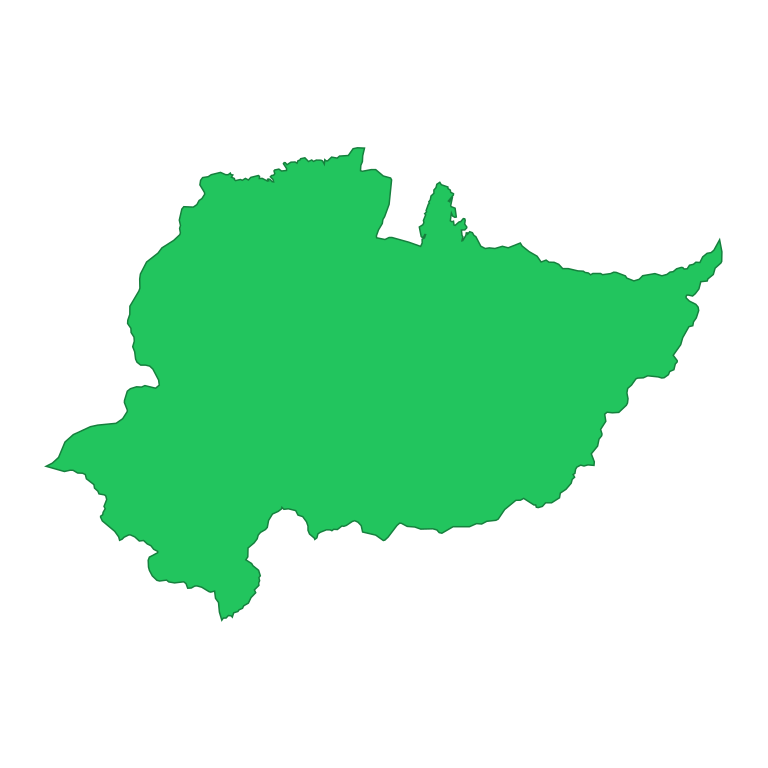 the district of Prado, Tolima, Colombia
{"feature_id": "7082276B50154878845236", "entity_name": "Prado", "entity_type": "district", "adm_level": 2, "iso_a3": "COL", "parent_name": "Colombia", "parent_adm1": "Tolima", "projection": "orthographic", "projection_center": [-74.869, 3.724], "detail": "fine", "context": "isolated", "style": "filled", "palette": "green", "viewbox_px": 768, "rotation_deg": 0, "n_neighbors": 0, "source": "geoboundaries", "source_scale": "gbopen_adm2", "svg_char_len": 6114}
<svg xmlns="http://www.w3.org/2000/svg" viewBox="0 0 768 768"><path d="M719.6,239.8L713.9,250.2L711.1,252.6L707.1,253.3L702.7,256.9L699.9,262.5L695.9,262.2L693.4,264.3L689.5,265.2L687.2,268.8L684.1,269.0L682.8,267.6L681.3,267.4L676.6,268.8L673.1,271.7L670.0,272.1L667.0,274.4L661.9,275.8L654.9,273.6L642.7,275.7L639.2,279.3L633.9,280.9L626.8,278.1L625.4,275.9L616.2,272.4L613.7,272.2L610.6,273.6L602.5,274.7L600.6,273.5L592.8,273.5L590.6,274.8L588.4,273.0L584.9,272.4L583.4,271.2L578.0,270.9L568.2,268.6L562.7,268.6L558.7,264.3L554.1,262.3L549.0,262.2L546.1,260.1L541.1,262.0L537.1,256.2L529.1,251.6L522.1,246.0L520.3,243.0L508.2,247.8L502.4,246.3L495.0,248.5L489.3,247.9L485.2,248.5L480.8,246.2L475.8,236.6L474.0,235.5L472.4,232.7L469.7,231.7L467.7,234.0L467.3,232.9L466.3,232.9L465.9,235.3L462.8,240.6L461.9,240.8L462.9,236.8L462.0,235.4L461.4,230.0L464.8,229.9L466.7,227.9L466.8,227.0L464.7,224.1L465.2,220.2L464.7,218.8L463.3,218.6L460.7,221.6L459.1,221.9L455.1,225.4L454.0,225.0L453.5,221.2L451.9,221.7L450.3,220.8L451.4,213.1L452.7,216.1L454.8,217.3L456.3,217.0L455.1,208.2L451.1,206.6L450.7,205.6L452.3,197.9L451.2,198.3L449.6,201.7L448.4,201.0L453.4,195.0L453.5,193.7L450.7,192.3L450.3,190.1L448.0,188.6L447.9,187.0L441.3,184.7L439.8,182.3L436.8,184.3L436.0,187.6L433.9,190.0L433.9,193.3L431.0,196.0L430.3,199.8L428.8,201.8L429.3,203.4L428.4,204.1L426.1,210.6L426.6,211.9L424.7,213.7L425.7,214.8L423.4,220.5L423.9,222.5L422.9,224.7L419.3,227.0L421.2,236.6L422.1,237.3L423.6,237.1L424.7,234.5L425.6,234.6L424.5,237.9L422.1,239.2L422.2,243.0L420.6,246.4L408.8,242.2L392.0,237.5L389.1,237.5L385.0,239.5L376.6,237.8L376.4,235.8L378.5,229.9L382.3,223.5L382.9,219.5L384.6,216.7L389.1,204.4L391.6,179.9L390.6,178.0L383.3,176.0L375.7,169.6L371.3,169.6L362.3,171.3L360.5,170.7L360.8,165.5L362.4,161.6L362.7,155.8L364.5,148.1L357.4,147.8L353.1,148.7L348.3,155.5L339.5,156.1L337.2,158.1L331.6,157.1L327.6,160.9L326.2,160.9L324.8,159.7L324.3,164.1L322.5,160.9L320.9,160.2L316.3,160.1L313.5,161.4L311.7,160.0L308.5,161.5L304.9,157.8L300.7,158.7L299.8,160.1L298.0,160.7L297.0,163.2L295.1,162.0L290.9,162.2L287.0,164.7L285.3,162.7L284.2,162.6L283.4,163.7L286.6,168.6L286.5,170.5L281.5,171.0L278.9,169.1L274.7,170.0L274.0,170.9L274.8,173.7L273.6,175.2L271.6,175.5L270.4,176.8L273.0,179.4L273.6,181.9L272.1,181.7L270.0,179.4L268.1,179.0L267.6,179.3L268.6,180.8L267.5,181.1L262.3,178.4L259.3,178.5L259.5,176.4L258.4,175.5L250.8,177.4L248.4,180.0L245.4,178.4L242.3,180.3L240.4,179.5L235.5,180.6L234.3,179.4L234.4,178.5L231.4,177.2L232.8,175.0L230.8,174.4L230.3,173.1L228.2,174.7L225.7,174.7L220.5,172.4L211.2,174.7L208.2,176.7L202.6,177.6L200.6,180.3L199.9,184.9L204.4,192.3L204.7,194.2L201.9,198.6L199.1,200.5L196.9,204.6L193.3,207.1L183.8,206.7L181.8,209.1L179.3,220.1L180.5,225.5L179.6,228.4L180.4,232.9L179.8,234.7L173.7,240.4L161.9,247.9L158.0,253.1L146.6,262.0L140.4,274.0L139.7,279.0L139.9,288.2L138.9,291.0L129.9,306.2L129.8,314.4L127.8,320.2L127.6,323.5L130.9,328.3L131.1,332.5L134.0,337.1L134.3,341.2L132.7,346.7L134.7,351.8L135.6,359.1L137.0,362.2L140.7,365.1L145.5,365.1L149.7,366.1L152.9,369.1L158.6,380.0L159.3,385.1L155.6,388.2L144.9,385.6L141.5,387.1L136.5,386.8L130.4,388.7L127.3,391.2L124.5,400.4L124.4,402.6L127.3,410.0L127.2,411.6L122.7,418.7L116.1,423.3L97.8,425.1L90.4,426.7L73.3,434.6L65.0,442.0L58.6,457.4L52.4,463.1L46.1,466.3L64.4,471.5L70.2,470.2L73.1,470.3L77.6,473.0L82.5,473.2L85.3,474.5L86.4,478.8L93.9,484.6L94.5,488.1L97.9,491.2L99.0,493.9L104.5,494.9L105.8,496.0L106.7,499.5L104.0,506.4L105.2,508.7L103.1,512.3L102.7,514.7L100.6,516.2L100.6,517.2L102.3,520.9L114.7,531.3L118.7,536.9L119.6,540.3L122.1,539.2L124.1,537.2L128.8,534.9L130.4,534.9L134.8,536.9L139.3,541.0L143.6,540.5L147.2,543.9L150.9,545.7L153.7,549.3L157.7,551.4L157.7,552.7L149.4,557.1L148.2,560.2L148.5,567.1L149.4,570.4L152.3,575.9L156.9,580.3L159.5,581.0L166.6,580.1L168.7,581.9L174.5,582.9L183.7,581.8L186.0,583.6L187.7,588.2L191.3,588.0L194.7,586.1L196.9,585.9L201.7,587.2L209.1,591.7L210.7,592.1L214.6,591.1L215.5,598.3L218.5,602.5L219.4,612.1L221.8,620.2L223.3,618.1L226.1,618.0L228.4,615.5L231.3,615.9L232.3,617.1L233.7,612.8L237.9,611.5L239.1,609.8L242.5,608.3L243.7,605.8L248.4,603.1L251.0,597.6L255.7,592.7L254.4,589.9L258.9,585.4L258.7,582.9L259.6,580.7L258.9,577.6L260.3,575.8L258.6,570.3L252.9,565.7L251.7,563.6L245.8,559.8L247.8,556.9L248.0,548.0L254.1,542.9L257.2,538.8L258.2,535.1L260.5,532.4L265.5,529.5L267.3,527.4L268.6,520.4L272.5,514.0L278.2,511.4L281.6,508.8L281.9,507.4L283.9,509.3L288.4,508.8L295.7,510.6L298.0,515.1L302.7,516.6L306.5,521.8L308.0,526.1L308.0,530.3L309.5,534.0L314.4,538.2L314.8,539.4L316.9,537.8L317.9,533.9L320.2,532.3L326.5,529.8L330.3,529.9L331.9,530.7L333.7,529.3L337.4,529.5L341.9,526.0L343.8,526.3L346.4,525.4L352.4,521.4L354.8,520.7L358.0,522.2L361.2,525.6L362.6,532.0L375.7,535.1L383.3,540.5L384.9,540.1L388.1,537.1L397.0,525.4L399.7,523.1L401.4,523.3L407.2,526.4L414.8,527.0L420.7,529.1L432.8,528.8L436.8,529.9L439.2,532.6L441.9,533.2L453.1,526.7L469.5,526.7L476.5,523.6L481.7,524.0L486.8,521.3L495.9,520.3L498.2,519.1L504.7,509.5L515.9,500.3L520.4,500.2L523.7,498.4L534.0,505.0L535.7,504.9L536.3,507.2L538.2,507.6L542.4,506.4L545.6,502.8L551.6,502.8L559.5,497.8L560.3,493.1L566.0,489.3L571.2,483.2L572.2,479.4L574.6,477.2L573.1,474.5L574.9,473.4L575.6,469.2L576.9,467.1L580.7,465.1L584.0,466.0L587.9,464.9L594.0,465.4L594.3,461.8L591.3,453.8L597.6,446.1L599.0,439.2L601.7,435.7L602.0,434.0L600.6,429.4L605.8,421.3L604.7,414.2L607.1,412.2L612.3,412.8L618.8,412.4L626.4,405.2L627.5,403.0L628.0,398.7L626.9,392.9L627.7,388.4L631.5,385.1L635.9,378.9L637.6,378.1L643.4,377.8L647.7,375.8L658.2,376.9L661.7,378.0L664.2,377.7L668.4,374.7L669.7,371.5L673.9,369.7L675.3,364.0L677.2,361.9L677.2,360.6L673.2,355.3L680.7,344.7L682.7,337.7L688.9,326.7L692.8,325.7L693.5,321.9L696.3,317.9L698.7,310.5L698.1,307.1L695.8,304.3L689.4,301.1L686.2,298.0L686.0,296.7L686.6,295.3L688.0,295.0L692.6,296.0L695.3,293.7L698.9,289.0L700.8,281.7L707.2,281.0L707.9,278.9L713.3,274.5L715.1,268.2L720.9,263.0L721.7,261.4L721.9,251.8L719.6,239.8Z" fill="#22c55e" stroke="#15803d" stroke-width="1.5"/></svg>